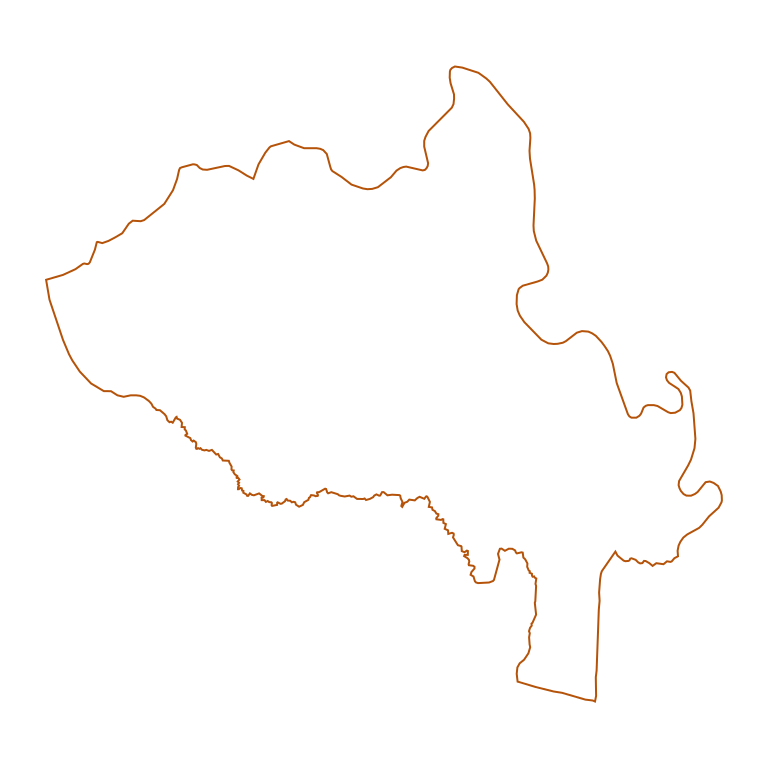 the district of Kho Wang, Yasothon, Thailand
{"feature_id": "78962969B41182893355114", "entity_name": "Kho Wang", "entity_type": "district", "adm_level": 2, "iso_a3": "THA", "parent_name": "Thailand", "parent_adm1": "Yasothon", "projection": "natural_earth1", "projection_center": [104.347, 15.375], "detail": "fine", "context": "isolated", "style": "outline", "palette": "amber", "viewbox_px": 768, "rotation_deg": 0, "n_neighbors": 0, "source": "geoboundaries", "source_scale": "gbopen_adm2", "svg_char_len": 6098}
<svg xmlns="http://www.w3.org/2000/svg" viewBox="0 0 768 768"><path d="M595.0,701.5L596.1,695.9L595.8,677.2L596.6,670.7L598.8,609.7L599.6,600.8L599.1,592.6L600.1,579.3L600.9,574.0L601.8,571.2L615.4,551.6L617.5,555.6L623.6,560.6L625.4,561.2L628.5,560.9L629.5,560.3L630.2,558.7L631.5,558.3L635.6,559.8L638.2,562.4L640.1,563.4L642.4,563.1L644.0,560.9L645.6,561.0L649.4,563.2L652.6,565.9L656.3,563.2L663.5,564.2L667.0,561.3L670.4,561.9L671.7,561.4L674.4,558.2L678.0,556.3L677.6,550.8L678.6,545.6L680.4,541.7L683.4,537.5L687.3,534.4L699.1,527.9L702.3,524.8L709.1,516.3L718.6,507.7L721.5,502.3L721.9,500.4L721.7,495.2L720.7,491.5L718.0,486.0L713.6,482.9L709.8,481.5L705.6,482.2L697.6,492.0L694.9,494.0L691.0,495.7L686.4,495.6L683.6,494.1L680.9,491.0L679.5,488.2L678.6,485.1L679.1,481.0L688.1,465.5L691.0,459.6L694.5,448.2L695.4,438.9L693.5,413.3L691.4,401.2L690.2,390.6L688.5,387.6L680.9,380.7L674.4,372.8L672.0,371.9L668.6,372.3L666.6,374.1L666.0,377.4L667.0,380.3L669.1,382.9L678.4,389.0L680.8,392.9L681.9,396.5L682.4,404.7L681.4,408.1L679.8,410.2L675.2,412.7L670.7,413.1L668.1,412.2L657.5,406.0L653.7,405.1L648.0,405.1L645.8,405.8L643.6,407.5L641.1,413.6L639.4,415.8L636.3,417.7L631.5,417.7L629.4,416.4L627.9,414.2L616.7,383.0L612.8,363.7L610.1,355.7L607.9,351.1L604.6,346.1L601.4,341.8L595.8,335.8L592.1,333.3L588.3,331.6L582.0,331.1L576.8,332.7L565.8,341.2L562.9,342.7L557.7,343.8L553.7,344.0L548.2,343.3L541.4,339.7L524.3,322.1L519.9,315.7L517.7,310.6L516.6,304.1L516.9,295.2L518.6,289.3L519.5,288.1L522.8,285.7L537.6,281.5L542.3,279.7L546.4,275.7L547.8,272.7L548.4,269.6L548.2,266.5L547.1,263.4L536.2,240.6L533.8,231.0L533.5,225.5L534.8,198.6L534.6,189.9L534.1,184.4L530.0,158.7L529.5,150.8L530.4,137.9L530.1,133.3L528.6,128.9L523.9,121.8L507.7,104.3L489.9,81.8L486.3,78.5L478.4,72.8L462.3,67.6L454.9,66.5L452.0,68.0L450.4,69.8L449.9,71.5L449.7,77.7L450.6,83.3L454.0,94.4L454.1,98.6L453.5,104.1L451.8,107.7L428.6,131.0L425.5,136.9L424.2,140.9L424.2,146.6L428.1,163.2L427.7,166.0L426.6,168.1L424.9,169.9L422.7,170.4L406.2,166.6L403.4,167.0L400.3,168.1L396.5,170.6L390.9,177.2L377.9,187.2L372.2,188.9L367.5,189.2L363.0,188.5L351.5,184.6L341.5,176.9L332.4,171.1L331.1,169.4L330.1,166.2L326.8,154.0L323.2,150.1L320.2,148.8L316.6,148.2L304.1,148.2L294.3,144.6L289.0,141.1L270.9,146.3L269.5,147.4L265.3,152.7L258.5,164.4L253.4,178.9L246.8,175.6L238.4,170.3L229.0,165.9L225.0,166.0L207.1,169.8L202.7,169.5L199.7,168.0L196.8,165.0L194.5,164.4L192.9,164.3L181.8,167.3L180.0,168.1L179.1,170.0L177.1,178.9L173.0,190.2L164.3,203.9L144.1,220.1L140.7,221.2L132.7,220.7L128.8,223.7L122.3,233.2L114.8,237.6L108.5,240.9L102.3,243.1L97.7,241.9L96.8,242.2L94.9,249.7L89.8,262.4L88.5,263.8L87.1,264.1L84.3,263.5L82.9,263.9L75.4,269.2L63.0,274.9L46.1,279.8L49.5,299.7L63.0,339.9L69.0,354.2L72.3,360.4L79.8,371.6L91.1,383.5L103.8,391.1L111.0,391.2L117.4,395.3L123.7,396.8L130.8,395.3L136.0,395.3L140.1,395.8L144.0,397.4L149.0,401.1L151.4,403.7L153.0,406.8L155.6,408.7L156.4,410.0L159.9,410.2L164.5,414.1L166.2,416.3L167.4,420.2L169.5,422.2L171.1,421.7L172.7,422.7L175.8,417.4L176.6,416.9L177.1,418.6L180.0,419.8L182.0,422.8L181.6,427.0L184.8,427.2L184.7,429.4L185.9,430.5L187.2,433.8L185.4,435.1L185.4,435.6L190.3,438.1L191.0,440.1L192.6,441.5L193.7,440.6L195.8,442.1L196.3,443.9L195.8,447.7L196.3,448.8L197.0,448.9L198.0,448.1L199.5,448.8L200.5,448.2L202.0,449.8L204.5,450.4L206.3,449.9L209.0,450.9L211.9,449.9L216.2,454.5L218.1,454.0L219.9,457.3L221.8,458.4L222.8,460.5L228.8,460.8L229.5,462.9L231.6,466.5L231.5,469.5L232.1,470.3L233.7,470.5L233.4,472.2L234.8,474.3L237.4,476.1L237.4,476.7L236.6,477.1L236.7,477.9L238.4,478.1L239.5,479.5L237.7,481.5L239.1,482.8L238.0,484.2L239.1,485.7L238.1,487.0L238.0,489.2L238.8,489.2L240.2,488.0L241.7,488.3L242.1,490.5L243.4,490.9L243.3,492.7L246.4,494.4L247.2,495.9L248.1,495.9L249.9,493.4L251.9,494.9L253.9,495.3L259.1,493.4L262.1,495.8L263.8,496.2L263.4,497.4L261.6,497.7L261.7,500.1L264.5,500.1L265.9,501.9L267.7,501.0L269.2,502.1L271.4,502.3L271.9,503.0L271.6,505.2L272.1,505.9L277.1,504.9L277.2,502.6L277.6,502.3L280.5,503.8L281.8,503.6L285.0,501.2L285.7,499.4L286.6,499.0L287.6,500.5L290.3,500.8L291.8,502.3L293.7,501.8L295.2,502.3L296.0,504.7L299.1,506.7L302.9,504.9L304.2,502.2L308.3,499.9L309.0,497.8L309.9,497.3L311.1,495.1L314.2,495.5L315.5,496.2L317.7,495.9L318.0,495.1L316.9,492.9L317.1,492.3L319.2,492.1L325.1,488.7L326.1,489.0L327.2,492.4L328.1,493.3L331.3,492.2L337.8,494.2L339.0,495.3L340.6,495.8L344.7,496.5L349.6,495.6L351.3,496.7L353.5,496.3L357.0,498.9L363.1,499.0L364.6,498.5L366.0,500.0L369.9,498.9L373.2,497.1L374.2,495.6L376.4,494.4L379.2,495.7L380.2,495.5L382.1,492.1L383.6,492.1L387.4,495.3L392.1,494.7L399.3,495.1L400.2,495.6L400.7,498.3L402.5,502.0L401.3,506.0L402.2,506.9L404.5,502.8L407.2,501.8L409.3,499.6L414.8,500.4L417.4,498.0L419.6,496.8L424.3,498.8L426.0,496.5L426.7,496.3L427.5,497.0L429.9,501.9L428.8,506.9L432.0,507.4L432.5,509.8L434.9,511.1L436.4,513.6L438.4,514.2L438.3,515.7L436.2,518.3L436.4,519.3L441.0,519.9L442.6,519.1L443.3,519.3L443.4,522.9L445.9,524.1L444.7,528.8L448.0,530.3L448.3,533.9L452.0,532.8L453.6,533.5L453.8,534.9L453.0,537.4L457.9,545.2L461.1,546.1L461.5,546.6L461.8,551.1L464.5,552.2L466.9,550.6L467.9,551.0L467.8,554.9L464.6,554.9L464.1,556.1L467.5,558.2L468.9,559.8L469.3,561.5L468.6,564.2L468.9,565.2L473.2,565.8L474.5,566.8L474.5,568.5L471.4,572.1L470.6,574.8L473.5,576.5L474.9,581.2L475.9,582.4L478.0,583.1L489.1,582.5L493.0,581.0L494.0,579.8L499.5,559.6L498.0,553.9L499.9,548.8L501.6,548.6L504.9,550.8L508.8,548.7L512.3,548.8L515.1,550.4L515.9,552.5L516.9,553.4L521.5,552.3L522.7,552.6L523.4,557.6L525.2,559.3L527.4,563.4L527.2,566.8L528.7,570.4L529.8,571.2L529.6,572.8L531.9,573.7L532.0,575.6L532.6,576.7L534.1,576.4L534.7,577.6L536.3,578.5L535.5,583.9L536.1,586.0L535.3,601.3L534.8,602.8L536.1,614.6L532.5,622.8L531.5,623.6L531.7,625.7L530.1,627.7L529.0,631.2L529.8,633.2L529.1,637.3L529.6,644.5L530.2,647.2L528.4,653.3L524.1,659.7L519.7,663.3L517.4,667.4L516.7,673.8L517.6,681.6L535.6,687.0L553.7,691.5L562.0,692.8L585.3,699.6L592.7,700.5L595.0,701.5Z" fill="none" stroke="#b45309" stroke-width="2"/></svg>